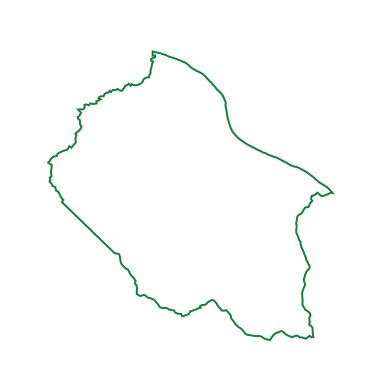 the district of Couto Magalhães, Tocantins, Brazil, rotated 101°
{"feature_id": "56859067B61149343342397", "entity_name": "Couto Magalhães", "entity_type": "district", "adm_level": 2, "iso_a3": "BRA", "parent_name": "Brazil", "parent_adm1": "Tocantins", "projection": "albers", "projection_center": [-49.159, -8.438], "detail": "fine", "context": "isolated", "style": "outline", "palette": "green", "viewbox_px": 384, "rotation_deg": 101, "n_neighbors": 0, "source": "geoboundaries", "source_scale": "gbopen_adm2", "svg_char_len": 3675}
<svg xmlns="http://www.w3.org/2000/svg" viewBox="0 0 384 384"><g transform="rotate(101 192 192)"><path d="M61.6,257.4L65.6,256.7L65.0,254.2L66.7,253.9L67.8,255.7L69.2,257.6L71.0,257.0L71.3,255.1L74.6,255.7L78.3,255.6L80.6,255.9L83.5,255.3L85.3,256.2L87.8,256.2L88.3,258.8L90.6,261.1L92.8,261.3L94.8,262.5L96.1,264.0L97.3,265.9L98.0,267.5L98.1,270.0L97.6,271.6L99.3,272.5L97.7,274.7L99.1,275.7L100.6,277.8L102.5,278.3L106.1,280.2L106.1,282.3L105.1,284.8L106.5,286.5L107.1,289.3L109.4,290.7L108.5,292.1L110.2,292.8L110.8,294.6L112.5,296.5L114.9,297.1L115.3,299.3L116.2,301.0L117.8,301.6L118.5,299.4L120.0,301.2L121.3,303.2L123.3,302.6L124.5,305.7L124.4,308.7L126.6,309.7L126.2,312.6L127.2,314.3L129.0,313.5L131.5,314.5L132.0,316.3L132.8,319.6L134.2,317.6L135.5,316.0L138.6,317.1L140.3,318.5L141.8,317.8L142.8,315.8L146.6,314.9L149.1,312.9L151.8,313.7L154.0,315.1L156.9,317.6L158.9,316.2L161.1,316.7L163.5,316.2L165.7,315.5L167.2,316.5L171.6,318.9L170.6,321.3L174.1,322.3L175.5,324.9L177.1,327.5L178.7,329.8L180.4,331.4L182.3,331.4L183.9,335.0L186.2,336.6L188.8,337.7L190.6,338.8L191.5,336.8L192.1,334.9L195.1,334.5L198.9,334.4L201.0,333.6L203.5,332.9L205.1,334.4L207.0,333.3L208.8,333.9L210.2,332.2L211.3,330.7L212.8,329.9L213.3,327.1L216.5,325.8L217.3,323.3L219.5,321.5L222.7,319.1L224.4,316.8L226.7,317.9L265.2,258.8L267.0,256.0L266.6,253.5L267.0,251.8L268.9,250.5L274.0,248.8L276.0,247.6L277.4,246.0L279.2,243.4L280.7,239.8L285.2,236.3L286.1,234.8L288.2,232.1L290.1,230.4L292.9,230.5L294.2,228.6L297.3,227.6L300.5,227.2L302.6,226.8L304.1,223.1L302.1,219.3L302.9,217.2L304.0,215.5L304.3,211.9L305.2,208.4L309.2,203.4L311.4,201.3L311.4,197.6L310.7,195.5L311.0,193.7L311.9,191.4L311.8,189.3L311.7,187.1L313.6,185.4L314.2,182.3L313.8,179.4L315.6,178.2L315.3,176.5L313.8,174.2L312.5,171.8L309.4,170.8L308.0,168.1L306.5,165.7L305.0,163.7L304.1,161.5L302.7,162.4L301.0,160.6L300.5,158.4L299.5,156.8L297.5,155.6L295.8,153.9L294.3,152.1L294.3,149.7L295.4,148.2L296.9,146.4L298.6,145.1L302.6,140.2L302.5,138.4L301.5,135.8L304.2,132.3L305.5,130.6L308.3,129.6L311.9,125.6L313.8,123.6L315.8,120.6L316.5,118.0L318.6,115.1L320.6,113.2L321.6,110.8L321.3,101.9L320.4,98.6L320.7,96.2L321.7,94.0L322.4,91.8L322.4,87.3L320.0,86.1L317.2,84.9L314.6,83.0L313.3,80.6L311.4,77.7L312.0,75.4L314.1,72.4L314.9,69.2L315.4,65.7L314.1,64.0L313.1,62.4L313.2,60.1L314.1,58.7L313.7,56.0L314.3,52.6L313.2,51.3L310.6,48.9L311.7,47.2L311.3,45.2L308.3,46.3L302.3,47.8L300.8,49.4L299.9,51.6L296.8,51.7L293.2,52.9L290.5,52.1L288.2,53.5L286.9,55.9L286.0,58.3L281.8,62.0L277.1,62.8L274.0,63.7L269.8,64.6L267.0,64.4L261.2,63.3L258.6,64.7L256.7,65.6L254.8,65.3L251.6,65.2L248.8,64.5L246.1,63.2L244.1,62.1L241.9,62.5L240.3,64.3L238.5,65.3L237.1,66.8L234.9,67.6L233.1,68.9L231.0,70.2L229.3,71.2L225.0,74.3L222.0,75.6L220.3,76.0L217.9,78.1L215.7,79.4L214.1,80.3L212.3,81.8L210.0,82.3L204.9,82.8L203.4,83.7L196.2,83.9L194.5,83.2L192.1,80.3L188.9,79.3L185.6,78.0L184.5,74.8L182.7,74.3L180.4,73.9L177.9,72.2L176.1,73.8L172.9,73.8L172.2,71.9L170.3,69.9L168.8,69.0L169.8,66.6L171.4,64.2L170.7,62.2L167.8,57.6L166.2,55.7L166.1,53.9L163.3,57.4L161.4,60.6L158.0,69.5L154.7,75.0L150.7,83.0L147.7,92.4L147.4,97.7L146.6,101.4L145.4,104.3L144.1,109.0L143.0,112.0L142.1,116.2L141.0,123.6L139.8,127.7L139.6,130.1L138.6,133.0L138.1,135.6L134.4,147.8L131.6,154.2L129.9,157.6L126.0,162.6L124.1,164.5L121.0,166.7L112.5,171.2L106.2,173.4L100.9,175.6L97.9,175.9L93.4,178.8L91.2,180.5L89.1,182.9L86.4,187.3L84.2,189.7L82.7,192.0L81.0,193.8L80.0,195.6L76.7,200.0L74.9,202.5L73.7,205.0L71.9,211.6L70.2,216.4L67.8,220.1L66.3,223.1L64.2,233.7L63.6,240.2L62.6,243.6L61.9,249.2L61.6,257.4Z" fill="none" stroke="#15803d" stroke-width="2"/></g></svg>